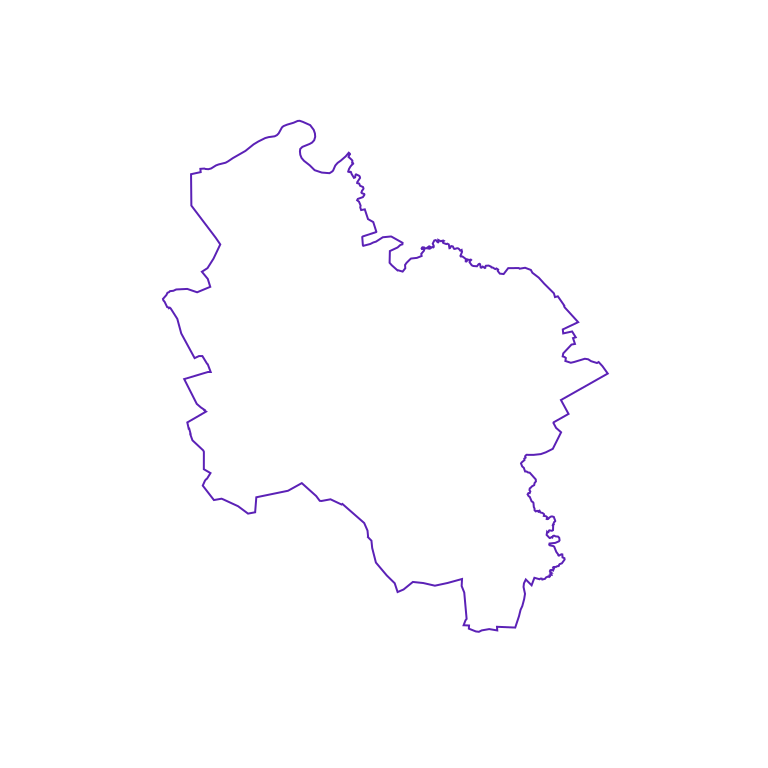 outline of Vārmes pag., Kuldigas, Latvia, rotated 65°
{"feature_id": "27541924B31224104965388", "entity_name": "Vārmes pag.", "entity_type": "district", "adm_level": 2, "iso_a3": "LVA", "parent_name": "Latvia", "parent_adm1": "Kuldigas", "projection": "orthographic", "projection_center": [22.227, 56.858], "detail": "fine", "context": "isolated", "style": "outline", "palette": "violet", "viewbox_px": 768, "rotation_deg": 65, "n_neighbors": 0, "source": "geoboundaries", "source_scale": "gbopen_adm2", "svg_char_len": 6165}
<svg xmlns="http://www.w3.org/2000/svg" viewBox="0 0 768 768"><g transform="rotate(65 384 384)"><path d="M502.6,243.9L496.5,246.6L490.9,246.9L490.4,246.4L489.1,229.4L473.3,230.4L469.1,176.8L460.1,178.5L454.8,180.2L455.0,182.1L450.8,186.7L447.9,188.5L446.0,191.3L444.4,202.4L443.7,205.7L439.8,209.9L437.3,208.2L435.8,209.0L434.5,210.4L432.0,208.6L427.5,197.4L428.4,194.0L422.3,193.3L422.7,190.5L415.9,191.3L413.9,200.2L410.1,198.9L410.0,181.9L390.8,187.9L389.1,187.8L389.0,187.5L378.0,189.4L377.5,192.3L373.6,191.7L360.8,196.4L353.0,198.8L345.9,202.5L342.7,202.7L338.3,207.0L336.8,212.4L335.9,212.8L331.5,222.5L334.9,229.1L332.9,232.4L329.7,233.1L329.3,233.1L328.7,232.2L328.1,232.4L326.8,233.3L326.9,234.5L326.6,234.8L324.3,236.3L323.8,237.3L322.9,237.4L320.9,239.1L319.9,241.7L320.4,242.5L321.5,243.1L321.5,243.6L319.3,244.9L319.8,246.4L319.3,247.1L316.0,246.3L315.4,246.7L315.4,247.6L316.6,250.0L314.8,253.2L313.5,254.3L309.8,255.0L309.1,254.5L308.4,252.6L307.9,252.8L307.6,254.4L306.3,255.8L307.7,257.1L307.8,257.6L307.4,258.1L305.3,257.0L301.6,259.0L300.9,260.5L300.2,260.6L297.2,257.4L295.3,257.0L295.4,258.5L293.5,258.9L292.2,259.7L291.8,260.6L291.5,262.8L291.0,263.4L288.4,263.5L287.4,264.8L288.7,266.8L288.6,267.3L284.9,266.3L283.6,267.3L283.5,268.4L281.2,270.7L279.9,270.7L279.6,269.3L279.0,269.7L278.5,272.3L276.4,273.9L278.4,274.7L278.5,275.1L277.5,275.7L275.9,276.0L275.4,276.4L275.2,277.8L277.4,280.5L279.7,280.5L280.8,281.0L281.0,281.6L280.3,282.1L280.7,285.4L280.2,286.2L279.0,284.3L278.3,284.9L278.9,288.3L278.6,289.2L277.2,289.9L276.4,291.2L276.4,291.7L277.0,292.6L277.7,292.6L278.3,290.9L278.8,290.6L279.4,290.9L280.1,291.5L281.8,295.2L283.9,295.8L283.6,300.9L281.7,306.5L282.0,307.6L283.7,312.3L285.0,314.6L288.1,315.8L290.0,319.6L286.5,323.6L286.6,323.8L279.6,326.8L276.5,327.7L266.0,322.5L266.0,314.0L264.9,310.4L265.2,308.3L263.9,307.5L253.5,315.0L253.1,315.7L250.5,323.1L251.6,331.1L251.2,333.8L251.3,337.3L250.0,344.4L249.3,344.5L241.6,341.6L241.3,340.8L243.0,326.8L242.8,326.6L232.7,325.3L227.8,328.8L217.6,327.6L216.7,331.2L213.9,330.9L212.4,329.8L208.2,329.6L206.1,330.7L205.2,329.5L205.7,324.2L204.5,322.1L203.8,321.6L203.3,321.7L202.0,323.2L201.0,323.6L199.5,322.2L198.7,320.5L198.0,319.9L196.6,319.8L194.2,321.9L191.9,321.8L190.6,323.4L189.8,323.0L187.1,318.6L185.6,318.3L184.7,318.6L182.2,320.7L182.5,321.5L184.5,322.8L184.5,324.1L180.1,324.6L177.8,324.4L177.5,324.7L177.3,325.9L176.4,326.7L174.4,324.9L172.9,322.8L172.1,321.3L171.3,318.8L170.8,318.7L170.0,319.4L168.4,318.3L167.2,318.5L163.2,320.2L161.9,318.8L161.4,317.7L160.9,317.6L159.5,318.2L161.5,322.5L163.3,328.8L164.0,332.6L165.4,335.8L169.1,340.0L169.6,341.6L169.9,344.3L166.1,351.0L160.9,356.5L154.4,358.9L147.9,362.2L144.3,363.2L140.9,363.0L137.7,361.9L135.6,360.6L134.6,357.8L135.0,349.9L134.8,347.2L133.6,344.3L130.9,341.9L127.7,340.7L123.9,340.3L118.2,341.5L112.1,346.8L109.8,349.2L109.1,351.1L109.0,355.6L108.0,362.2L107.8,366.1L108.3,368.0L112.3,373.5L113.2,375.8L113.3,378.4L111.5,384.2L110.9,387.7L111.1,395.4L111.7,400.9L114.2,411.1L115.4,425.5L116.3,431.2L116.5,434.0L115.1,441.2L114.9,443.9L115.6,449.6L115.1,452.4L113.7,454.9L112.8,455.8L111.4,459.5L114.5,460.6L112.3,470.2L140.9,483.2L180.4,474.7L188.3,473.4L198.3,485.5L204.4,495.0L205.3,501.6L214.3,499.3L222.5,500.4L221.9,514.6L214.7,522.1L210.5,532.4L210.5,535.5L209.4,538.7L209.9,540.1L209.8,541.7L211.4,543.6L213.5,548.4L215.1,548.6L216.7,548.1L222.7,548.0L223.6,546.9L224.4,546.9L224.3,545.9L225.4,545.4L237.6,543.8L252.5,546.4L280.5,544.7L280.5,539.8L281.9,536.8L290.9,535.8L291.6,535.4L299.9,536.0L298.7,538.5L295.1,563.0L322.9,562.1L327.8,559.9L331.8,557.5L332.0,557.9L333.8,556.9L335.7,578.5L342.0,579.9L342.1,579.4L347.6,580.4L347.6,580.8L354.1,581.4L367.8,575.9L369.3,575.9L385.1,583.3L391.4,578.9L395.0,584.4L395.3,585.9L396.1,587.3L399.5,591.2L417.3,587.2L419.3,579.7L420.7,578.4L433.1,567.9L444.0,562.0L445.8,555.0L432.7,547.6L440.2,516.1L439.1,500.4L456.9,492.8L462.7,491.6L463.6,490.1L465.9,481.2L475.3,473.4L475.1,472.4L501.6,460.7L509.9,460.9L515.5,462.9L515.9,463.3L520.7,461.6L527.6,464.0L542.4,466.8L558.7,462.4L569.1,458.5L578.3,459.6L578.5,453.1L575.6,441.5L581.0,432.5L588.3,423.1L591.2,410.5L593.7,395.7L599.9,399.0L606.9,399.4L631.8,408.4L632.6,410.0L636.3,413.8L638.8,409.0L641.6,410.5L647.1,405.3L648.7,402.7L648.6,399.6L650.6,392.2L655.2,385.5L651.8,384.2L660.2,368.0L651.5,359.8L646.3,355.6L643.7,352.5L638.2,347.9L633.8,344.9L626.9,343.3L623.8,341.4L621.1,338.1L628.8,335.3L623.2,329.6L626.7,325.5L626.5,324.5L627.0,323.3L628.1,323.2L628.6,320.4L627.8,318.9L627.8,316.5L628.7,315.9L628.5,314.9L627.4,314.7L627.5,314.3L627.1,313.8L627.8,312.8L626.5,312.5L625.5,313.2L624.9,312.8L625.3,312.2L623.7,312.7L623.0,311.8L623.6,310.2L624.5,309.6L623.0,307.9L622.0,308.5L621.5,307.8L622.5,305.2L622.3,303.9L622.7,303.2L622.7,302.4L621.7,301.5L621.5,300.6L621.7,298.6L619.4,294.5L618.1,294.1L616.6,295.5L613.8,294.4L613.4,294.9L613.3,295.6L613.5,298.0L613.0,298.4L612.0,298.2L609.0,298.8L603.3,298.5L602.3,299.2L600.4,301.8L599.5,302.2L598.5,301.4L600.4,295.9L600.5,291.9L599.8,290.9L597.4,290.2L595.8,290.8L594.7,292.8L593.3,294.0L593.2,295.1L594.3,296.3L593.5,296.9L593.8,298.2L593.6,299.0L589.5,300.4L587.0,298.7L587.7,298.5L587.8,297.7L586.6,296.4L586.5,296.0L588.0,293.8L587.9,292.6L584.4,290.8L583.5,290.9L583.0,290.4L583.3,290.1L583.1,289.5L582.2,289.4L581.0,288.1L580.8,286.9L580.2,286.6L576.2,286.3L575.0,287.7L574.7,288.8L574.9,290.2L575.7,292.3L575.4,293.3L575.1,293.6L573.8,292.4L573.3,292.6L572.3,293.1L571.1,294.9L570.2,294.1L569.5,294.0L567.8,294.9L566.6,296.5L564.5,296.6L564.5,297.0L565.3,297.7L565.2,298.0L564.0,298.3L563.6,299.1L563.6,300.3L562.1,300.9L560.5,300.2L558.8,300.2L554.9,298.8L553.9,299.0L552.8,299.8L547.8,299.6L546.9,300.3L544.7,300.5L543.9,299.2L544.5,298.1L543.2,296.8L541.6,297.0L540.2,296.0L540.0,294.9L539.3,293.2L539.1,290.6L537.4,289.4L536.5,287.5L534.6,286.8L526.0,289.4L524.9,291.0L523.6,291.7L522.9,293.1L519.1,292.7L517.1,293.6L513.9,293.4L513.3,292.5L512.3,288.8L510.9,288.4L510.6,286.8L509.3,286.7L508.9,286.3L508.4,284.8L511.4,278.5L513.8,271.5L514.3,266.2L514.1,258.4L502.6,243.9Z" fill="none" stroke="#5b21b6" stroke-width="2"/></g></svg>